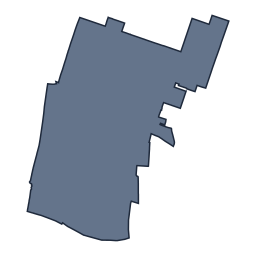 Ianca, Romania
{"feature_id": "2599482B25351029590238", "entity_name": "Ianca", "entity_type": "district", "adm_level": 2, "iso_a3": "ROU", "parent_name": "Romania", "parent_adm1": "", "projection": "mercator", "projection_center": [24.181, 43.749], "detail": "fine", "context": "isolated", "style": "filled", "palette": "slate", "viewbox_px": 256, "rotation_deg": 0, "n_neighbors": 0, "source": "geoboundaries", "source_scale": "gbopen_adm2", "svg_char_len": 4164}
<svg xmlns="http://www.w3.org/2000/svg" viewBox="0 0 256 256"><path d="M228.7,21.0L220.4,18.2L212.1,15.4L211.6,16.9L210.5,20.2L209.1,24.1L209.0,24.3L192.1,18.4L189.3,26.7L186.5,35.0L185.9,36.7L183.9,42.7L180.8,51.7L172.1,48.7L163.5,45.7L163.1,45.7L161.8,45.3L157.1,43.7L155.2,43.1L146.8,40.2L138.5,37.3L130.6,34.6L130.3,34.5L130.3,34.3L130.2,34.2L129.9,34.2L129.8,34.3L126.0,32.9L122.0,31.6L121.7,31.4L122.3,29.9L122.7,28.6L123.7,25.8L124.4,23.8L124.6,23.1L124.3,23.0L123.5,22.7L122.8,22.4L122.0,22.2L121.2,21.9L120.4,21.6L119.7,21.4L118.9,21.1L118.6,21.0L118.4,20.9L118.1,20.8L117.6,20.6L117.3,20.6L116.0,20.1L115.9,20.1L115.6,20.0L115.3,19.9L115.0,19.8L114.7,19.7L114.4,19.6L114.0,19.5L113.6,19.3L113.3,19.2L113.2,19.2L112.8,19.0L112.6,18.9L112.4,18.8L112.3,18.7L112.2,18.7L111.9,18.6L111.7,18.5L111.3,18.4L111.2,18.4L110.9,18.3L110.4,18.1L110.2,18.1L109.8,18.0L109.5,17.9L109.3,17.8L109.0,17.7L108.7,17.6L108.3,17.5L108.2,17.4L106.9,21.0L106.0,24.1L105.2,26.2L97.7,23.6L81.6,18.1L80.7,17.8L79.8,17.5L79.4,18.6L78.2,21.6L77.3,23.9L76.6,25.8L75.1,30.1L73.8,34.2L71.9,39.8L70.8,42.9L69.1,48.4L68.6,50.0L68.2,50.9L68.0,51.7L67.8,52.5L67.1,54.5L66.0,58.5L64.8,62.1L63.5,66.3L62.6,69.3L60.7,74.7L59.3,79.5L58.5,82.4L58.5,82.6L56.8,81.9L55.9,81.6L56.5,83.7L54.9,84.0L54.3,84.2L53.1,84.2L52.2,84.2L50.9,84.1L49.7,84.0L48.7,83.9L47.7,83.8L47.4,85.8L47.1,87.5L45.4,99.5L44.4,106.5L44.1,109.8L43.8,113.1L42.6,122.3L40.1,139.5L39.1,145.4L38.3,148.5L37.0,153.3L36.6,155.1L36.1,156.9L33.3,167.5L33.0,168.9L32.6,170.5L32.5,171.1L32.1,172.9L31.9,173.7L31.7,174.9L31.1,177.6L30.5,180.5L30.4,180.7L30.2,181.0L29.8,181.5L29.5,182.0L29.7,182.3L29.8,182.7L29.9,182.9L30.0,183.0L30.3,183.3L30.5,183.4L30.6,183.5L30.8,183.5L31.0,183.6L31.3,183.7L31.5,183.8L31.6,184.0L31.7,184.3L31.7,184.5L31.6,184.9L31.5,185.1L31.7,185.3L31.8,185.4L31.9,185.8L31.9,186.1L31.8,186.3L31.7,186.4L31.6,186.5L31.5,186.9L31.3,187.2L31.3,187.4L31.3,187.5L31.2,187.6L31.3,188.0L31.4,188.3L31.4,188.6L31.5,189.0L31.4,189.4L31.3,189.5L31.0,189.6L30.9,189.8L30.8,190.1L30.6,190.7L30.6,191.0L30.2,194.1L29.8,197.1L29.8,197.3L29.5,198.7L29.2,200.3L29.1,200.9L29.0,202.0L28.8,202.9L28.6,203.9L28.4,204.9L28.4,205.3L28.2,206.1L28.1,206.9L27.9,207.9L27.7,208.9L27.5,209.9L27.5,210.3L27.3,211.4L39.2,214.9L40.1,215.1L40.5,215.2L40.9,215.3L47.6,217.8L55.4,220.8L61.8,224.1L62.6,222.8L67.6,226.4L74.2,229.9L78.8,232.4L83.6,235.1L101.7,240.1L110.0,240.2L115.8,240.6L117.0,240.6L117.3,240.6L117.8,240.5L124.8,239.3L129.1,237.9L128.4,229.8L128.5,220.0L128.9,217.0L130.6,203.2L131.3,201.2L138.4,203.4L138.4,198.8L138.4,194.1L138.3,193.4L138.3,189.2L138.3,182.8L138.2,182.2L138.3,181.0L138.2,180.8L138.2,180.4L138.2,178.8L138.1,176.8L137.9,176.6L137.8,176.4L137.5,176.3L137.0,176.3L136.4,175.4L136.2,175.1L136.1,174.9L136.8,165.8L136.9,165.6L148.2,166.3L148.4,166.2L149.0,157.1L149.2,153.4L149.5,149.0L149.5,148.4L149.5,147.8L149.7,144.3L149.8,142.6L149.1,142.4L151.2,133.7L155.4,135.5L158.6,136.7L162.1,139.0L165.0,141.1L169.2,143.7L173.3,146.4L173.7,145.3L173.9,144.8L174.1,144.4L174.2,144.0L174.4,142.9L174.4,142.1L174.3,141.4L174.2,140.9L173.8,139.3L173.5,138.0L172.8,135.2L172.2,133.0L171.9,131.8L171.7,131.3L171.6,130.3L171.5,128.7L171.4,128.5L171.3,128.3L170.8,128.2L170.3,128.0L169.6,127.9L168.4,127.6L167.9,127.5L166.8,127.1L166.2,127.0L165.7,126.7L164.2,126.2L163.1,125.8L161.7,125.3L160.0,124.5L160.5,123.3L164.8,124.9L165.1,123.7L165.6,122.2L165.7,121.6L165.8,121.1L165.8,120.7L166.0,119.8L166.0,119.5L166.0,119.4L165.7,119.3L165.1,119.1L159.1,117.2L158.6,117.0L158.6,116.9L158.6,116.7L159.0,115.4L159.9,112.9L160.2,112.3L160.3,112.0L161.0,110.0L161.5,110.1L161.5,109.8L161.6,109.4L161.9,108.9L162.0,107.8L162.0,107.4L162.2,106.7L162.3,106.2L163.6,102.6L180.3,108.3L184.1,97.1L184.5,95.8L186.1,91.1L185.9,91.1L185.7,91.2L174.3,87.1L175.7,82.9L176.8,83.3L177.4,83.5L177.7,83.7L179.0,84.1L178.5,85.5L178.8,85.6L185.1,87.7L186.0,88.0L186.3,88.2L186.7,88.4L186.9,88.6L186.8,88.8L191.3,90.4L195.0,91.6L197.1,85.4L201.8,87.0L205.7,88.1L211.2,71.8L212.5,67.8L214.2,63.0L215.6,58.9L217.2,54.6L220.1,46.4L221.4,42.2L223.9,35.2L228.7,21.5L228.5,21.4L228.7,21.0Z" fill="#64748b" stroke="#1e293b" stroke-width="1.5"/></svg>